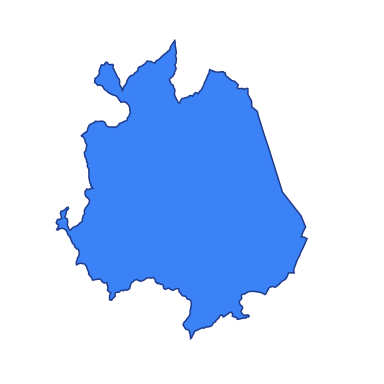 Morropon, Piura, Peru, rotated 195°
{"feature_id": "86281439B77649611838615", "entity_name": "Morropon", "entity_type": "district", "adm_level": 2, "iso_a3": "PER", "parent_name": "Peru", "parent_adm1": "Piura", "projection": "natural_earth1", "projection_center": [-79.876, -5.271], "detail": "fine", "context": "isolated", "style": "filled", "palette": "blue", "viewbox_px": 384, "rotation_deg": 195, "n_neighbors": 0, "source": "geoboundaries", "source_scale": "gbopen_adm2", "svg_char_len": 5973}
<svg xmlns="http://www.w3.org/2000/svg" viewBox="0 0 384 384"><g transform="rotate(195 192 192)"><path d="M155.4,50.1L154.7,50.9L154.5,52.7L153.4,57.1L153.4,58.1L147.6,63.0L146.8,63.4L145.3,63.5L143.8,65.0L140.5,66.3L139.0,67.3L138.1,68.4L137.5,71.0L136.6,72.1L135.6,72.7L135.8,73.8L134.5,75.5L134.3,76.3L133.6,76.8L133.0,80.0L130.9,81.0L129.5,79.4L127.5,81.3L127.1,82.3L125.6,83.5L124.7,85.2L123.4,86.1L121.6,85.3L121.3,84.2L120.8,84.1L121.0,82.6L119.4,82.2L117.3,82.4L116.2,82.0L115.2,80.7L109.0,83.8L107.4,84.0L107.2,85.1L104.7,86.2L104.8,87.1L106.0,87.8L110.2,86.3L112.2,87.6L113.7,89.0L113.8,89.7L113.1,92.5L113.3,93.8L114.6,94.9L115.3,94.9L117.6,97.0L117.8,98.1L117.6,99.7L116.4,101.9L117.5,104.7L117.4,105.6L116.0,106.9L115.1,106.8L111.5,110.4L109.1,111.3L106.3,112.1L99.2,112.8L95.1,111.8L94.2,113.0L93.9,115.3L93.2,117.0L93.1,118.7L92.3,120.0L90.0,121.6L87.2,121.5L85.7,122.7L85.1,124.0L83.8,125.6L82.3,128.8L79.9,131.0L78.6,132.9L77.7,139.0L72.4,140.2L73.7,143.3L72.8,153.6L71.6,158.9L71.3,162.4L70.2,167.2L68.8,176.7L72.2,177.4L74.8,177.0L74.5,182.0L73.2,187.5L80.4,197.1L104.7,215.4L129.3,254.3L137.5,266.6L147.9,283.1L149.8,286.8L156.7,290.0L156.6,290.7L158.0,295.3L163.2,300.7L164.8,306.4L166.3,306.2L168.3,304.4L169.0,305.1L169.8,305.1L174.3,303.8L175.2,304.5L175.1,307.6L179.3,309.9L182.4,310.0L187.5,312.2L189.6,313.3L190.9,315.7L191.4,315.2L192.8,316.2L193.4,316.2L197.8,314.5L200.7,314.0L203.8,314.6L204.4,314.2L206.6,314.8L206.7,313.9L206.3,312.3L206.3,310.8L207.0,309.0L207.6,303.5L208.3,300.9L208.2,298.7L209.4,293.2L210.8,290.9L211.6,288.4L212.9,289.0L214.1,289.0L214.8,288.4L215.6,286.8L216.2,284.6L217.3,285.0L219.3,284.5L220.1,283.1L221.4,282.0L222.5,281.6L224.7,280.0L225.6,279.9L226.3,278.8L226.8,276.7L226.6,275.1L227.8,274.7L228.8,275.4L233.2,280.1L234.4,282.2L234.9,286.3L236.7,288.0L237.8,290.3L240.1,290.9L242.9,294.6L242.9,295.1L241.3,297.9L240.3,298.9L240.4,299.7L239.5,301.7L240.0,303.2L239.3,305.3L239.4,307.6L240.6,308.9L241.4,310.7L240.8,312.3L241.7,317.1L242.7,318.4L243.4,320.1L243.0,321.3L243.3,323.0L246.1,329.1L247.4,333.2L247.9,333.9L250.4,326.7L250.2,324.4L250.6,323.0L251.7,321.7L252.9,319.5L254.3,318.1L256.6,314.5L257.8,312.0L260.6,309.4L261.1,307.1L263.7,307.0L265.9,307.5L266.9,307.0L269.2,307.0L270.5,303.8L272.6,301.5L273.3,300.4L275.1,299.4L275.6,298.7L276.0,297.9L276.0,294.6L278.2,292.0L278.7,290.2L279.5,289.5L281.2,288.7L282.6,286.3L283.6,282.7L283.6,279.5L285.1,276.3L285.4,272.0L286.1,272.7L286.9,274.4L289.7,276.9L290.6,280.4L291.5,282.2L293.9,283.8L296.6,287.3L298.3,288.9L299.0,290.3L300.1,290.9L300.8,292.2L300.7,294.0L301.2,294.5L301.8,294.7L303.1,294.3L303.6,293.8L305.3,293.7L306.0,293.9L306.8,294.9L307.9,295.3L308.6,295.2L309.5,293.3L309.5,292.3L310.6,291.5L312.2,291.5L312.6,290.6L313.0,284.9L312.7,283.9L311.9,282.9L313.4,278.3L315.1,276.6L314.4,272.6L312.9,272.2L310.7,270.6L308.8,271.6L307.7,271.2L306.1,271.3L303.1,268.4L300.1,267.4L298.5,266.3L296.7,266.1L295.5,265.5L290.1,265.1L287.8,263.9L286.5,262.2L285.4,261.7L284.0,260.3L282.5,260.8L281.5,261.5L278.4,261.3L277.8,260.6L276.4,260.1L274.9,258.8L274.7,258.0L273.6,256.8L273.5,255.2L273.1,255.0L272.1,252.8L272.5,251.1L272.4,249.4L273.6,246.7L273.3,244.9L273.6,243.9L275.4,243.0L278.9,239.8L279.8,239.5L280.4,237.6L281.7,235.4L282.4,234.9L283.9,234.9L284.6,233.9L286.2,234.3L287.8,233.4L290.2,233.4L291.8,233.9L292.3,234.3L294.1,236.7L296.2,237.3L299.2,236.6L299.9,236.0L303.8,235.3L304.1,234.3L304.7,233.6L308.2,230.7L308.8,229.1L309.1,227.0L309.0,224.7L309.2,222.7L310.2,222.4L311.4,220.7L312.0,220.3L312.2,219.5L313.5,217.7L313.3,217.4L312.5,217.4L311.3,216.9L309.0,214.9L308.4,213.2L305.8,210.3L305.3,204.5L306.1,203.1L306.2,202.1L304.6,198.5L302.4,196.1L301.5,193.8L300.0,192.4L299.9,189.8L297.5,187.3L295.3,179.3L292.8,174.2L291.8,173.4L291.6,172.2L288.7,169.9L290.9,169.3L292.2,167.7L294.4,167.7L294.9,165.8L295.5,165.2L294.8,162.3L293.3,160.1L290.6,159.0L289.1,157.7L288.6,156.8L288.7,156.2L288.6,154.8L289.5,151.5L290.1,150.6L290.8,148.6L291.2,146.4L290.3,143.5L290.4,142.2L291.1,140.6L290.8,139.0L291.0,137.5L290.4,134.8L292.1,133.4L293.0,131.5L293.6,131.0L293.8,129.8L294.9,129.3L297.5,127.2L298.7,125.6L299.5,123.6L301.2,124.1L302.3,125.9L303.7,127.2L304.5,131.5L305.5,133.7L307.4,134.1L308.1,134.9L308.3,141.4L306.9,143.8L307.7,145.2L309.0,144.4L309.9,142.6L311.8,140.3L313.6,139.5L313.5,137.1L310.9,132.8L311.7,132.6L312.6,131.2L314.2,131.0L314.8,130.5L315.2,127.2L314.2,126.2L312.7,126.0L312.4,125.5L312.1,124.2L313.0,120.6L312.1,120.5L311.8,121.1L311.4,120.9L310.5,122.1L307.6,123.5L305.7,123.2L304.1,122.6L302.1,120.9L301.6,119.6L300.1,118.1L299.1,117.8L298.8,117.2L298.4,117.3L297.9,117.0L297.9,116.4L294.4,111.8L292.0,110.3L290.9,108.6L288.2,107.0L286.9,107.2L285.4,104.8L284.9,102.9L284.9,100.6L285.5,98.6L285.4,96.7L285.6,95.4L285.5,93.5L284.9,92.6L284.7,91.8L282.3,93.8L281.1,94.4L280.3,94.6L279.2,94.3L278.2,94.7L276.8,94.6L273.9,92.0L273.7,91.1L271.1,87.9L270.7,86.3L270.2,85.6L267.0,83.4L265.3,81.1L259.2,83.9L257.2,83.8L256.1,82.5L254.2,81.5L253.0,81.4L250.8,82.5L249.9,80.2L249.1,79.8L248.8,78.5L248.0,77.6L248.5,75.9L248.2,75.1L246.2,74.0L244.4,73.8L244.8,70.8L244.0,67.3L243.3,66.4L241.5,66.8L241.2,68.5L239.4,70.9L239.3,71.8L240.1,73.7L239.5,75.1L239.0,75.6L236.7,76.2L235.3,78.3L234.5,78.8L232.5,78.9L231.5,80.4L229.7,80.1L227.4,82.2L227.2,82.8L227.4,86.1L227.1,88.3L225.4,90.6L225.0,91.6L222.6,93.3L221.9,92.8L218.6,92.4L215.8,94.3L213.4,97.2L211.2,98.0L209.1,98.3L207.9,99.2L206.8,99.2L205.3,98.1L203.7,95.6L202.4,94.9L201.3,94.6L200.6,95.2L198.3,94.7L196.7,95.1L195.8,94.5L194.2,91.5L192.8,91.0L189.7,93.2L188.3,92.6L185.1,92.0L182.2,94.5L179.9,95.2L178.6,92.3L176.7,91.3L176.2,90.4L174.1,89.3L171.2,89.6L168.9,87.4L166.3,87.4L164.6,86.2L163.6,83.5L163.1,78.9L163.2,76.8L162.4,74.3L162.3,72.7L163.1,70.1L164.1,68.2L164.7,66.2L166.0,64.1L166.3,61.6L166.0,61.1L162.6,57.9L159.7,57.8L158.1,56.7L158.2,55.8L156.7,53.7L156.5,52.6L155.5,51.0L155.4,50.1Z" fill="#3b82f6" stroke="#1e3a8a" stroke-width="1.5"/></g></svg>